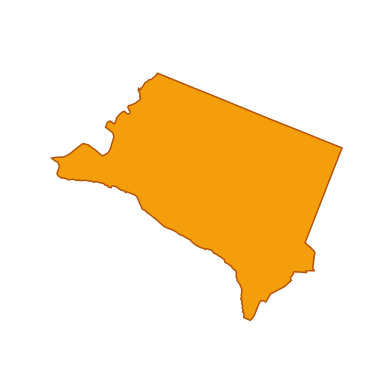 Kombo East, West Coast, Gambia (Albers equal-area conic projection), rotated 202°
{"feature_id": "56634734B25207283407562", "entity_name": "Kombo East", "entity_type": "district", "adm_level": 2, "iso_a3": "GMB", "parent_name": "Gambia", "parent_adm1": "West Coast", "projection": "albers", "projection_center": [-16.509, 13.25], "detail": "fine", "context": "isolated", "style": "filled", "palette": "amber", "viewbox_px": 384, "rotation_deg": 202, "n_neighbors": 0, "source": "geoboundaries", "source_scale": "gbopen_adm2", "svg_char_len": 3375}
<svg xmlns="http://www.w3.org/2000/svg" viewBox="0 0 384 384"><g transform="rotate(202 192 192)"><path d="M334.9,170.8L330.8,169.5L329.3,169.4L327.5,169.2L324.4,165.9L324.2,158.7L322.5,157.0L320.0,156.4L317.7,156.0L316.0,157.1L311.2,157.0L307.4,159.1L302.6,159.7L301.4,160.9L300.3,160.5L294.9,163.1L290.9,163.7L289.1,164.7L287.0,164.1L285.3,165.5L281.6,166.1L276.8,166.7L274.7,165.7L273.2,166.5L271.6,165.3L269.5,165.6L268.6,165.6L268.9,167.3L268.2,167.9L264.1,168.5L259.3,167.2L254.7,167.6L253.2,166.6L252.2,167.8L243.4,167.8L241.8,167.1L239.7,165.7L236.4,162.1L231.6,157.5L229.0,157.4L225.7,156.0L223.0,155.5L212.4,152.3L212.0,152.1L210.5,151.5L205.5,149.8L202.8,149.4L195.6,149.5L194.1,149.3L190.3,148.9L188.1,147.9L185.4,148.0L183.9,148.0L179.1,147.2L177.6,147.2L175.2,146.9L174.9,146.3L173.3,145.7L168.1,144.0L166.6,144.0L164.5,143.8L162.1,143.7L161.9,144.1L160.3,144.0L159.0,143.8L158.0,143.8L157.8,144.6L156.5,145.1L156.1,144.9L154.6,145.0L152.8,145.6L150.9,144.8L149.2,143.6L148.2,143.4L147.4,143.5L146.7,143.5L145.9,143.5L143.4,142.7L141.3,142.7L138.4,141.8L137.6,141.8L137.0,141.8L136.3,140.6L135.3,139.3L131.2,138.7L128.9,138.1L127.8,138.3L127.2,137.4L126.2,136.6L124.9,136.0L123.9,135.9L123.4,135.7L122.4,135.5L121.4,134.9L119.9,132.0L119.7,130.5L117.9,128.5L116.7,126.6L115.0,125.6L113.5,124.7L112.1,123.3L110.0,121.2L109.0,119.8L109.1,119.6L108.5,118.6L107.7,114.8L106.8,113.6L106.7,110.9L104.6,109.9L104.4,108.0L103.6,106.7L102.3,105.5L102.3,103.8L100.1,101.1L100.3,99.9L99.0,99.5L97.8,97.8L97.0,95.1L95.8,95.0L89.9,94.8L88.6,97.6L88.3,99.7L88.0,101.1L88.1,111.8L88.1,112.7L87.7,116.8L85.0,117.8L82.3,117.7L81.0,126.7L80.9,127.0L72.5,136.9L71.5,138.2L70.6,139.3L69.8,140.9L69.4,141.9L68.4,143.9L66.7,147.2L68.7,149.2L67.8,151.9L67.7,152.2L67.6,152.8L67.5,153.5L67.5,153.8L67.5,154.5L67.5,155.2L67.4,156.6L66.6,156.6L64.9,157.1L62.9,157.9L61.8,158.3L59.9,158.9L59.4,159.0L55.8,160.2L56.8,161.5L53.5,163.1L51.5,163.8L50.4,164.2L49.1,164.9L51.1,166.0L51.8,166.7L52.0,167.7L51.8,167.7L52.6,171.2L52.8,171.5L53.8,175.2L54.3,177.1L55.0,180.3L55.4,181.8L55.4,182.0L55.7,182.3L56.3,182.5L56.8,183.0L57.2,183.2L57.6,183.3L59.1,184.0L60.2,184.5L60.7,184.7L61.0,184.9L61.7,185.3L62.3,185.3L63.0,185.4L63.6,185.7L63.9,185.8L64.5,185.9L65.3,186.2L67.2,187.1L68.2,187.4L68.4,206.1L68.5,216.3L68.5,217.5L68.6,222.4L68.7,227.6L68.8,235.1L68.8,240.4L69.0,248.1L69.1,260.4L69.2,266.3L69.2,271.1L69.3,279.6L69.4,288.6L69.4,289.1L87.5,289.0L98.9,289.0L113.8,289.0L139.1,288.9L146.8,288.8L158.2,288.9L182.1,289.0L197.0,289.1L211.0,289.2L226.4,289.1L247.6,289.2L268.5,289.2L269.2,286.3L270.5,283.8L272.0,281.0L274.0,279.8L275.5,276.7L276.1,276.1L276.4,275.8L276.5,275.6L276.8,273.2L277.4,270.3L278.3,269.2L277.7,268.2L278.5,267.2L280.2,268.2L280.2,267.9L280.2,266.8L279.1,265.3L277.5,264.1L276.9,263.0L276.0,260.5L274.6,259.5L274.8,258.2L276.1,256.0L276.6,255.2L277.8,253.1L281.1,249.8L283.2,248.2L283.2,246.5L281.2,244.6L279.3,243.4L279.1,241.7L280.1,240.7L281.8,240.3L285.1,241.6L286.8,239.7L288.5,236.2L289.6,232.5L289.2,228.8L289.4,226.1L292.1,226.7L294.8,227.1L296.5,224.7L296.5,222.0L296.5,219.7L292.8,218.7L287.6,217.2L285.1,214.1L284.7,210.1L284.3,205.4L283.9,200.4L284.6,196.7L288.4,191.9L291.8,192.9L298.2,195.0L306.1,196.9L311.2,196.1L314.5,190.8L318.9,182.9L321.5,179.0L324.6,176.1L331.3,173.1L334.9,170.8Z" fill="#f59e0b" stroke="#b45309" stroke-width="1.5"/></g></svg>